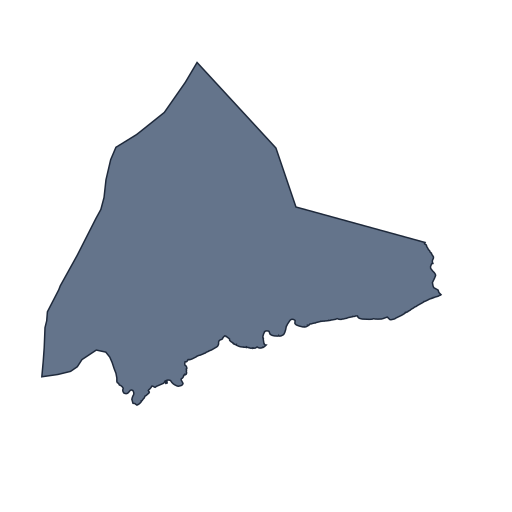 Asmat, Papua, Indonesia, rotated 284°
{"feature_id": "22746128B62198228854475", "entity_name": "Asmat", "entity_type": "district", "adm_level": 2, "iso_a3": "IDN", "parent_name": "Indonesia", "parent_adm1": "Papua", "projection": "natural_earth1", "projection_center": [138.155, -5.583], "detail": "fine", "context": "isolated", "style": "filled", "palette": "slate", "viewbox_px": 512, "rotation_deg": 284, "n_neighbors": 0, "source": "geoboundaries", "source_scale": "gbopen_adm2", "svg_char_len": 5923}
<svg xmlns="http://www.w3.org/2000/svg" viewBox="0 0 512 512"><g transform="rotate(284 256 256)"><path d="M314.4,91.7L293.7,92.0L276.0,94.4L263.6,94.2L253.7,91.6L213.6,82.4L179.7,73.3L175.5,72.8L151.4,67.1L142.5,68.6L135.5,68.6L115.7,72.7L101.9,75.1L87.0,77.4L93.1,92.4L99.2,104.0L105.3,109.4L113.4,112.2L126.1,123.8L126.4,133.5L122.5,138.6L117.8,142.2L112.4,145.6L108.3,148.5L103.9,150.5L100.7,151.3L99.6,152.0L99.1,153.5L97.8,154.6L97.6,156.1L96.9,157.6L96.2,158.5L95.4,159.2L93.8,159.1L92.7,159.5L91.9,160.1L91.1,160.9L90.9,162.4L91.1,163.6L91.8,164.7L93.7,165.8L95.2,166.5L95.9,167.6L95.7,169.1L94.1,170.3L93.1,170.7L91.8,170.8L90.4,170.4L88.6,170.2L86.9,170.2L84.1,171.8L83.3,172.3L83.5,173.9L83.5,174.3L83.1,175.0L82.5,176.6L83.2,177.1L83.4,177.7L83.7,178.0L85.4,179.2L87.0,180.0L87.3,180.0L87.6,179.7L88.2,180.5L89.8,181.1L91.2,181.9L93.2,182.2L94.0,183.1L97.2,185.3L98.0,185.4L98.1,185.2L98.3,185.2L98.7,184.9L98.8,184.6L99.5,184.0L100.7,184.6L101.2,185.1L101.9,185.4L102.8,185.9L104.5,186.4L104.7,186.6L104.7,187.4L104.2,189.4L104.2,189.9L105.5,191.0L110.0,196.9L111.1,197.6L112.7,198.0L114.1,199.9L114.5,201.2L114.6,202.7L114.3,203.4L112.9,205.0L111.9,206.7L111.3,208.4L110.8,210.8L110.8,212.0L111.0,212.5L112.1,214.6L112.7,215.3L113.3,215.7L114.2,216.0L114.7,216.0L115.1,215.7L117.6,213.4L118.1,213.2L118.7,213.2L119.7,214.1L120.8,214.6L121.8,214.8L122.5,214.7L122.5,214.9L123.3,215.2L123.6,216.0L124.0,215.8L124.0,216.2L124.3,216.8L125.5,217.0L126.3,216.8L126.7,216.4L128.1,216.3L129.3,215.7L129.7,215.7L129.8,216.0L130.4,216.1L131.5,215.5L132.2,214.9L132.6,214.4L132.7,213.9L133.0,213.4L134.2,212.9L136.1,212.7L136.3,212.8L136.4,213.8L136.9,214.4L137.8,214.8L138.3,214.8L138.7,215.2L139.1,215.2L139.3,215.8L139.1,216.2L139.5,216.5L139.6,217.3L140.7,218.9L143.7,222.4L144.7,223.1L144.7,223.3L144.9,223.4L145.0,223.7L145.8,224.7L146.2,225.7L148.5,228.8L148.8,228.9L148.9,229.3L149.1,229.4L149.4,230.1L150.2,230.8L150.6,231.0L151.4,232.2L152.3,233.3L152.7,233.4L152.7,233.6L153.2,234.2L153.3,234.5L153.7,235.1L153.9,235.2L154.0,235.5L158.2,239.8L159.1,240.5L160.1,240.8L161.5,241.0L163.5,240.5L164.8,240.7L166.1,241.7L166.5,242.5L167.2,243.3L167.8,243.6L168.3,243.5L169.6,244.1L171.0,245.0L171.0,246.1L170.7,246.4L170.8,246.5L169.2,250.3L167.9,250.8L167.5,251.2L167.4,251.5L166.8,252.5L166.4,253.8L165.9,255.1L165.7,254.9L165.3,255.5L165.0,257.8L165.3,258.2L164.9,258.2L164.7,258.6L164.2,261.6L164.2,263.2L164.5,265.4L164.7,265.9L164.7,266.1L164.5,266.3L165.0,267.9L164.9,268.2L164.8,268.7L165.2,268.9L165.0,269.0L165.1,269.3L165.3,269.2L165.2,269.6L165.4,270.7L165.2,271.2L165.3,271.4L165.4,271.5L165.2,272.2L165.3,273.5L165.9,274.9L165.8,275.0L166.1,275.1L166.2,275.3L165.9,275.6L165.9,276.0L166.6,277.8L167.7,278.7L168.0,279.2L168.0,279.5L167.6,280.3L167.6,280.8L167.6,282.1L168.0,283.2L168.3,283.9L169.1,284.5L168.9,284.9L169.1,285.2L170.4,286.3L172.1,287.4L172.1,287.2L171.9,286.9L171.9,286.5L172.4,285.6L173.0,285.1L172.8,285.0L172.9,284.9L177.7,282.9L177.8,282.9L177.6,283.0L178.0,283.1L178.2,282.9L178.3,282.5L178.6,282.3L180.3,282.1L181.0,282.2L182.2,282.2L184.4,282.7L184.7,282.6L184.8,282.9L185.3,283.2L185.8,284.0L186.1,285.4L186.1,286.7L185.8,287.1L184.7,287.7L183.8,288.5L183.6,288.8L183.4,288.8L182.9,290.8L182.9,293.0L183.5,296.3L183.8,297.1L184.1,297.2L183.9,297.3L184.0,298.4L184.5,299.6L186.0,301.4L186.7,301.9L188.7,302.4L191.7,302.6L195.3,302.4L195.6,302.7L197.4,303.0L201.6,304.5L202.3,304.9L203.1,305.7L203.5,307.0L203.5,307.6L203.2,309.0L202.8,309.6L201.2,309.8L200.2,310.0L199.8,310.2L199.1,311.3L198.8,312.2L198.5,314.9L198.5,318.4L198.7,319.5L199.0,319.7L198.8,319.9L198.8,320.3L199.4,321.6L199.7,322.0L199.9,322.1L200.0,322.3L200.8,323.2L201.1,323.5L201.3,323.3L201.3,323.7L201.6,324.0L202.3,324.4L202.4,324.5L202.5,324.6L203.1,324.8L203.3,325.1L203.6,326.4L203.9,326.7L204.3,327.3L205.2,329.2L205.4,329.9L205.9,330.3L208.0,334.3L208.3,334.7L208.5,334.8L208.4,335.1L208.5,335.6L209.0,336.6L209.3,338.0L209.6,338.4L210.1,340.0L210.9,342.1L211.2,342.2L211.1,342.6L211.7,344.0L212.2,344.4L212.2,344.9L213.6,348.0L213.8,348.5L214.8,349.7L214.9,350.0L214.7,351.1L214.7,351.9L214.9,353.3L215.3,354.5L215.7,354.9L216.0,356.0L216.8,357.4L217.6,359.2L217.9,359.4L218.7,360.7L220.4,364.3L220.7,364.3L220.7,364.6L221.3,366.4L222.1,367.4L222.2,368.3L222.4,368.6L222.4,368.9L222.2,369.2L221.6,369.5L221.2,369.9L220.6,371.1L220.5,372.1L220.5,374.3L222.0,381.5L222.8,384.0L223.6,385.2L223.7,387.2L223.9,387.8L224.1,389.0L224.6,390.9L225.0,392.0L225.0,392.5L226.0,394.4L228.5,398.1L228.3,398.7L227.9,399.1L227.7,399.6L226.8,401.0L226.7,401.3L226.7,401.9L226.9,402.6L228.5,405.7L229.3,406.5L229.7,406.8L233.5,411.4L234.8,412.8L235.1,412.9L235.7,413.7L236.9,414.4L236.9,414.7L237.0,414.8L237.5,414.7L237.6,415.3L237.9,415.5L238.0,416.0L238.6,416.7L239.5,417.2L239.6,417.5L240.8,418.8L241.4,419.1L242.7,420.3L242.9,420.6L243.6,421.3L245.0,422.4L245.6,423.4L247.2,424.8L251.1,429.0L252.0,429.8L252.4,429.9L252.4,430.2L253.0,431.0L253.5,431.7L255.6,434.2L256.1,434.6L256.9,436.0L257.4,436.3L257.3,436.7L257.9,437.5L258.4,437.8L258.2,438.0L260.1,440.6L260.1,440.9L261.2,442.7L261.9,443.3L262.5,444.3L263.2,444.9L264.8,442.3L267.0,440.9L268.3,436.1L270.0,434.9L272.9,433.6L277.6,434.6L280.5,435.0L281.6,434.5L283.0,433.0L284.2,431.0L286.3,428.4L288.1,427.9L290.9,428.3L291.3,428.8L291.4,429.4L291.7,429.5L292.6,428.6L294.1,428.3L295.4,428.3L296.2,428.7L297.9,428.5L298.9,427.6L299.6,426.8L299.8,426.4L300.5,426.0L300.8,425.6L301.2,425.5L302.1,423.8L303.1,423.2L303.9,421.8L305.4,420.5L306.6,419.2L307.1,419.1L307.8,418.6L308.2,418.1L308.3,417.3L308.7,416.5L310.0,416.8L313.2,282.9L365.6,249.2L429.5,152.0L407.4,145.4L373.1,132.3L345.0,110.8L327.6,93.8L314.4,91.7ZM112.7,198.7L112.2,198.2L111.6,198.7L111.3,199.2L110.7,199.1L110.5,199.4L110.7,199.6L111.0,199.7L111.1,200.4L111.7,200.4L113.1,199.8L113.4,199.5L113.4,199.3L113.1,198.9L112.7,198.7Z" fill="#64748b" stroke="#1e293b" stroke-width="1.5"/></g></svg>